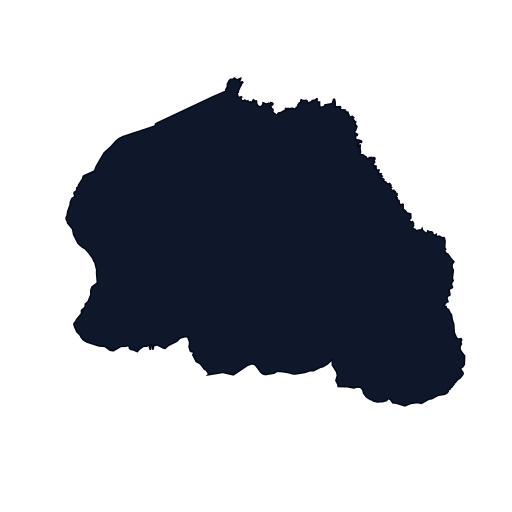 the district of Ocnita, Dâmbovita, Romania, rotated 168°
{"feature_id": "2599482B12009979413210", "entity_name": "Ocnita", "entity_type": "district", "adm_level": 2, "iso_a3": "ROU", "parent_name": "Romania", "parent_adm1": "Dâmbovita", "projection": "mercator", "projection_center": [25.545, 44.998], "detail": "fine", "context": "isolated", "style": "filled", "palette": "ink", "viewbox_px": 512, "rotation_deg": 168, "n_neighbors": 0, "source": "geoboundaries", "source_scale": "gbopen_adm2", "svg_char_len": 6030}
<svg xmlns="http://www.w3.org/2000/svg" viewBox="0 0 512 512"><g transform="rotate(168 256 256)"><path d="M424.1,350.6L426.3,347.6L427.3,344.5L430.8,339.0L432.7,334.3L433.8,333.1L434.1,331.5L433.5,329.5L433.5,327.5L429.8,320.4L430.0,315.0L427.5,305.3L423.8,300.4L421.8,298.8L419.3,294.5L416.3,288.0L415.7,284.8L415.0,283.4L414.7,275.7L415.5,272.6L416.8,262.7L422.8,259.9L424.8,256.8L425.6,252.5L429.7,246.4L432.9,244.6L433.8,241.6L438.1,239.1L438.7,236.0L444.9,231.0L445.9,229.5L447.7,228.3L448.4,226.9L448.0,223.5L447.0,219.0L444.5,215.1L443.8,212.5L442.4,209.8L439.4,207.0L428.3,200.6L422.7,199.0L418.4,194.1L415.2,192.9L407.0,195.6L402.4,194.8L399.7,194.9L398.9,194.2L399.0,192.2L398.1,190.7L395.5,189.6L392.0,187.1L389.3,189.1L385.0,191.0L381.2,190.4L379.2,191.3L378.8,190.9L379.3,188.6L378.8,186.1L378.0,190.1L376.8,191.0L376.5,190.1L376.7,187.2L376.4,186.4L375.8,186.5L374.8,189.4L371.2,189.6L365.3,184.9L364.2,184.5L360.2,186.7L351.4,188.9L347.3,191.5L342.0,191.8L339.6,191.0L338.9,185.2L340.4,181.0L340.1,176.9L339.2,175.8L337.6,175.5L337.3,174.0L338.4,172.4L336.5,165.2L332.9,162.1L329.8,155.6L328.4,155.2L328.3,154.0L327.2,151.8L327.2,150.0L327.7,149.7L312.7,149.0L302.8,144.4L287.0,150.8L282.7,151.3L280.6,150.6L279.3,149.5L275.3,140.9L273.7,139.1L271.4,138.0L262.7,137.6L259.9,138.7L258.5,138.6L254.4,137.4L248.6,135.2L244.5,133.0L242.2,132.4L232.6,131.9L227.2,132.5L223.5,131.8L215.9,133.8L213.8,133.7L209.0,135.3L202.8,138.8L204.1,133.6L201.3,125.9L201.2,122.4L203.8,117.5L202.7,113.6L202.8,111.2L193.8,109.1L187.7,106.5L184.6,106.8L181.4,105.9L180.4,104.9L179.4,102.4L179.3,99.3L177.3,95.1L174.1,91.9L171.9,90.7L171.4,89.7L167.8,88.0L162.5,87.2L158.4,87.4L156.6,88.9L155.4,88.6L154.2,87.3L152.8,83.9L149.5,82.9L141.5,78.4L135.4,79.6L128.8,79.1L124.7,77.4L118.3,79.5L116.2,80.0L113.8,79.8L107.0,81.8L100.0,81.5L97.2,82.5L95.9,83.9L95.7,85.6L94.0,85.2L93.7,86.3L91.8,87.0L88.8,89.6L88.7,90.6L87.4,90.7L84.9,92.9L81.5,94.3L78.2,97.1L77.7,98.4L77.9,99.4L79.6,103.3L76.7,104.6L74.7,106.7L72.7,114.9L75.1,120.0L75.8,122.6L74.9,125.6L73.3,127.2L73.4,129.9L72.3,130.9L72.2,131.6L72.8,132.7L75.4,132.5L76.9,134.5L78.0,140.1L76.7,148.2L77.2,152.5L77.0,157.5L77.5,159.4L78.4,160.2L78.1,161.1L78.7,162.3L78.6,163.3L80.7,165.4L80.6,167.1L81.8,167.3L82.5,168.1L79.6,171.1L77.7,171.3L78.0,175.3L76.6,177.0L74.8,177.2L74.3,177.7L74.1,183.1L70.4,184.3L70.2,185.2L70.8,187.0L69.9,189.4L68.2,190.9L68.5,193.5L66.0,200.7L65.9,201.6L66.5,202.8L66.4,205.2L65.7,207.2L63.6,209.2L65.6,212.6L67.8,217.8L69.6,219.5L70.3,221.4L70.3,222.0L69.0,223.2L69.5,224.5L69.5,225.7L67.9,231.4L68.0,234.5L68.4,235.1L70.0,235.1L72.6,237.4L75.5,237.3L75.2,239.8L76.8,239.2L78.2,239.9L78.5,240.3L78.2,241.7L78.9,243.0L80.4,243.5L81.9,243.2L82.0,244.4L82.9,244.8L83.8,242.6L84.3,242.5L86.7,244.9L87.7,246.6L87.8,248.4L88.6,247.4L94.2,247.5L94.8,249.1L97.0,250.2L96.9,251.0L95.4,253.2L95.5,254.4L95.0,255.3L95.8,257.2L97.9,256.9L98.5,259.0L98.1,260.0L96.6,260.9L95.9,265.0L99.2,266.7L99.8,267.3L100.2,268.8L102.0,270.9L102.2,272.2L101.3,275.5L101.7,276.3L103.5,275.9L104.1,276.2L104.8,277.3L104.6,280.5L106.4,282.0L105.7,283.4L105.8,283.7L107.1,284.1L106.6,285.1L105.2,286.2L105.4,286.9L105.0,287.6L106.4,288.7L106.3,290.0L107.1,290.6L107.5,291.6L108.6,290.6L109.2,290.8L109.3,292.1L110.1,294.0L109.8,294.8L109.2,295.0L110.1,296.0L109.2,297.0L109.9,298.8L110.2,299.2L111.5,298.9L113.3,300.0L113.5,301.2L115.6,302.6L114.9,304.3L115.3,304.9L117.5,305.9L118.1,306.7L115.9,307.4L115.8,307.9L117.4,309.4L116.4,310.4L118.7,311.1L118.7,312.5L119.1,313.1L117.9,313.8L117.8,314.6L120.0,314.9L120.3,317.3L121.0,317.5L121.8,316.9L121.8,317.4L121.2,318.0L120.0,318.1L119.8,318.9L121.3,319.6L122.8,321.3L120.5,322.9L120.4,325.4L119.4,326.1L119.4,327.3L120.3,327.9L121.5,327.3L122.2,328.4L124.8,328.8L126.0,327.3L126.9,328.0L127.5,329.7L130.4,332.8L132.4,333.5L133.1,334.6L132.1,335.9L131.8,339.9L130.9,342.8L132.0,343.1L132.8,341.7L133.9,342.2L133.6,343.7L130.8,345.8L129.3,345.1L128.8,345.9L129.2,346.8L131.8,348.3L133.7,348.7L133.9,349.2L134.1,350.6L133.6,352.7L132.0,352.9L131.4,353.9L134.0,356.2L133.9,356.9L132.0,358.8L130.3,361.8L131.7,364.3L130.5,366.5L131.1,366.9L132.8,369.9L132.6,370.6L131.6,371.0L132.8,372.7L135.3,372.2L136.6,372.8L135.6,374.2L136.3,376.4L136.1,377.5L138.7,378.6L138.1,379.1L138.3,380.2L142.4,381.4L143.1,382.2L142.3,383.5L142.5,384.6L147.5,385.5L146.5,390.1L146.8,391.4L146.4,392.1L146.9,393.2L147.6,393.1L149.8,389.2L157.2,389.5L157.9,388.4L158.9,388.0L162.2,388.0L162.5,389.9L161.8,393.4L163.7,393.8L164.2,394.5L163.5,397.1L164.1,397.3L164.8,396.3L168.6,396.4L170.5,395.1L172.6,395.1L173.5,395.3L173.8,397.1L174.5,397.9L177.3,398.1L179.3,399.5L180.1,398.4L180.1,397.1L182.1,396.6L183.9,394.7L183.6,393.9L184.3,393.1L185.7,393.1L186.5,391.7L187.2,391.6L190.2,393.2L192.2,392.9L194.1,393.8L194.8,393.4L196.0,394.2L196.7,393.8L196.5,392.7L196.8,392.3L198.0,392.4L202.0,391.1L204.1,391.3L204.9,390.9L205.7,389.2L206.1,389.2L209.6,392.9L209.8,393.5L208.9,395.0L209.0,396.1L210.1,397.1L210.1,398.1L211.1,399.3L208.3,400.5L207.7,401.3L208.3,402.4L209.7,403.1L210.3,402.2L211.9,402.8L214.0,402.4L217.3,404.5L217.7,403.0L219.9,401.0L221.0,401.3L222.9,402.3L223.1,403.3L224.1,403.4L223.5,404.5L223.6,406.1L223.2,407.1L223.5,407.7L225.6,407.9L225.4,408.6L226.1,409.4L228.3,407.1L229.6,408.1L230.4,407.6L231.5,408.4L231.6,409.6L233.1,409.3L234.5,410.9L235.8,410.3L237.4,410.9L238.3,412.8L236.9,414.3L237.4,414.9L239.3,414.6L240.5,415.5L240.5,419.0L240.3,419.9L239.3,419.8L238.9,421.2L235.9,425.4L235.3,425.7L234.4,427.4L232.8,428.4L233.0,429.2L236.0,429.4L235.5,431.1L234.6,431.6L234.0,433.1L237.9,432.2L240.3,434.6L242.2,433.6L244.2,434.2L245.9,433.1L248.3,430.1L248.9,427.4L250.9,425.2L251.4,423.5L264.8,420.8L325.4,406.6L326.9,405.9L327.6,404.2L361.2,400.5L365.4,399.4L368.6,397.9L375.2,393.1L383.1,388.5L393.7,376.9L396.2,372.8L407.7,370.3L408.5,369.8L409.6,367.6L414.8,362.4L415.5,360.7L417.1,360.0L417.8,357.6L419.0,356.6L420.3,356.3L421.1,355.3L420.8,353.1L421.2,351.7L424.1,350.6Z" fill="#0f172a" stroke="#020617" stroke-width="1.5"/></g></svg>